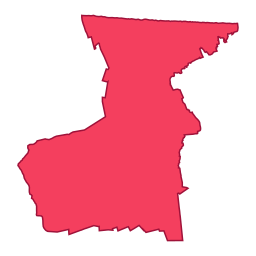 the district of Lerdo de Tejada, Veracruz, Mexico
{"feature_id": "50627088B89333927260358", "entity_name": "Lerdo de Tejada", "entity_type": "district", "adm_level": 2, "iso_a3": "MEX", "parent_name": "Mexico", "parent_adm1": "Veracruz", "projection": "robinson", "projection_center": [-95.486, 18.659], "detail": "fine", "context": "isolated", "style": "filled", "palette": "rose", "viewbox_px": 256, "rotation_deg": 0, "n_neighbors": 0, "source": "geoboundaries", "source_scale": "gbopen_adm2", "svg_char_len": 5695}
<svg xmlns="http://www.w3.org/2000/svg" viewBox="0 0 256 256"><path d="M37.1,140.9L36.5,142.0L35.5,143.0L34.3,143.8L33.7,144.2L32.7,144.4L31.6,144.4L29.8,144.5L27.9,145.7L27.8,147.5L28.0,148.6L28.5,149.4L28.9,150.0L28.5,150.9L28.3,151.9L27.9,153.0L25.6,155.6L24.4,157.2L23.7,158.0L22.6,159.0L22.2,160.2L21.0,160.9L20.4,161.8L18.3,163.9L18.0,165.7L18.7,166.3L19.3,167.5L20.3,169.1L21.0,169.8L21.8,171.3L22.6,173.4L23.6,174.9L24.3,178.2L25.1,179.7L26.5,182.2L27.6,183.5L28.9,185.4L29.4,187.3L29.3,191.1L29.4,192.4L30.0,194.3L31.2,194.7L32.0,195.7L31.6,198.3L33.0,199.2L33.8,200.8L34.8,202.2L35.1,203.1L36.1,204.1L36.2,204.9L36.6,206.0L36.6,210.8L36.7,212.7L36.4,214.6L36.7,215.5L37.9,215.7L39.2,215.7L41.5,216.0L42.3,216.8L42.6,218.1L42.9,220.4L43.0,224.0L43.3,226.6L44.0,228.1L45.0,229.4L45.8,230.3L47.5,231.3L48.3,231.4L57.2,232.0L68.7,229.4L68.9,233.5L69.0,234.5L78.8,230.9L80.4,230.3L81.2,230.1L84.4,228.8L86.9,228.0L93.8,225.6L98.8,226.6L99.1,226.5L99.3,230.7L108.2,229.8L112.9,230.2L112.5,228.7L116.9,227.2L118.0,230.9L121.1,229.6L126.9,227.2L128.3,226.7L130.3,230.7L133.4,228.9L139.1,225.4L141.0,227.5L143.2,229.9L143.2,229.4L146.0,232.4L158.8,229.2L159.5,231.1L163.9,230.9L167.5,240.6L182.7,240.5L182.6,239.9L180.2,216.3L179.9,214.2L179.6,211.0L179.1,207.4L177.6,193.5L178.8,193.1L179.8,194.0L188.0,188.3L186.8,187.6L185.8,187.4L185.1,187.3L184.1,187.1L183.7,187.1L182.3,186.7L182.3,182.6L181.4,178.4L181.0,176.9L181.0,175.5L180.4,172.8L179.8,168.3L178.5,167.8L178.9,167.2L178.2,165.5L178.7,164.6L178.5,163.8L178.9,163.2L179.6,162.6L179.2,160.9L179.7,159.9L180.0,158.9L180.1,157.8L180.2,156.4L179.4,156.2L179.6,155.2L179.5,153.8L179.2,152.6L180.0,149.7L180.8,148.9L181.7,148.2L181.6,147.4L181.9,146.9L183.1,145.7L183.4,145.1L183.0,143.2L181.9,142.9L182.4,140.7L182.9,140.5L182.6,139.8L183.3,138.4L183.4,137.9L183.7,137.6L184.3,137.5L184.5,136.7L184.9,136.2L184.3,134.9L186.2,134.7L190.1,134.4L192.9,134.2L195.7,133.7L196.2,133.8L196.4,133.5L197.4,133.6L197.7,133.2L197.7,132.5L197.7,131.8L197.6,131.4L199.4,130.9L200.1,130.5L200.5,129.8L200.5,129.3L200.6,128.8L200.5,127.4L200.3,126.4L200.0,125.4L199.6,122.4L198.9,121.1L197.9,119.8L195.6,117.5L193.3,114.3L192.0,112.8L192.7,111.9L191.6,112.4L190.4,112.4L189.4,111.6L189.4,110.3L188.2,110.1L188.0,109.5L186.8,109.4L184.9,104.2L182.9,102.3L181.7,98.2L182.3,98.8L183.3,97.6L181.5,93.6L180.0,89.9L179.3,89.9L178.3,89.4L177.4,89.2L175.4,89.5L174.4,89.9L173.2,90.1L173.1,89.7L172.5,88.9L172.5,88.5L171.9,87.7L170.9,85.4L170.4,85.1L170.5,84.7L170.4,83.7L170.0,84.5L170.1,83.7L170.2,83.0L170.2,81.7L170.0,80.7L170.0,79.4L170.1,78.7L170.4,78.0L171.4,76.7L172.3,76.3L173.9,76.3L174.3,75.7L174.0,73.0L174.7,72.7L176.5,72.9L177.2,73.0L178.9,72.5L179.4,72.8L179.9,73.3L180.4,73.4L181.0,73.3L181.6,73.0L181.8,72.3L181.3,71.3L181.2,70.9L181.2,70.1L181.5,69.9L181.8,69.3L182.4,68.7L183.3,68.6L183.7,68.3L184.1,68.7L184.8,68.4L184.9,66.8L185.2,66.5L185.9,66.3L186.4,66.5L186.5,67.0L186.9,67.7L186.8,66.5L186.9,65.9L187.7,65.6L188.0,65.3L188.0,64.8L188.2,64.4L188.2,63.4L188.9,63.1L189.3,62.9L189.8,62.9L190.1,62.8L190.4,63.1L190.7,63.1L190.9,62.9L190.9,62.6L191.0,62.5L191.2,62.4L191.4,62.0L191.6,61.9L191.8,61.8L192.8,61.2L193.1,61.0L193.6,60.9L195.8,59.6L197.9,58.8L199.2,58.0L199.7,57.5L200.1,58.3L203.1,57.1L202.8,56.5L202.1,55.1L201.6,53.7L201.3,53.2L200.3,50.1L199.7,49.0L199.9,48.5L200.2,48.3L200.9,48.4L201.1,47.7L201.5,48.0L202.3,48.3L202.6,48.9L203.1,49.4L203.9,50.3L204.5,51.7L205.0,52.0L205.3,52.3L206.6,51.7L207.1,52.6L207.6,53.0L208.3,53.7L208.8,54.7L210.0,54.9L211.0,54.5L211.8,54.1L212.4,53.7L213.6,52.0L217.0,51.1L216.6,50.0L216.2,49.2L216.0,48.0L216.8,47.8L216.6,46.6L217.5,46.4L217.0,44.4L218.0,44.3L219.1,43.7L218.8,41.5L218.5,40.2L218.1,40.2L218.3,39.2L218.2,38.2L218.0,37.2L218.0,36.7L218.5,36.6L218.8,36.7L219.0,37.2L219.3,37.3L220.0,37.3L220.2,37.9L220.6,38.1L222.2,37.7L222.5,38.0L223.3,38.0L223.6,38.2L224.0,38.7L224.3,39.4L224.4,40.0L223.8,39.9L223.9,41.6L225.0,42.5L225.3,42.2L225.7,42.2L225.8,42.1L226.6,41.9L226.0,40.3L227.2,38.8L227.5,38.2L227.6,37.4L228.1,36.5L227.7,35.5L227.8,33.8L229.2,33.9L230.8,33.4L231.7,32.9L232.0,34.6L233.5,33.5L233.6,32.5L234.4,32.1L237.0,31.4L237.6,30.6L237.9,28.7L238.0,27.4L237.5,23.4L237.1,23.3L236.0,23.6L234.6,23.5L232.5,23.7L229.4,23.3L226.4,23.4L224.8,23.2L222.9,22.9L220.8,23.1L218.2,23.3L216.1,22.7L213.8,23.1L212.6,22.9L210.4,22.9L209.1,22.7L206.9,22.5L206.0,22.8L204.6,22.5L203.7,22.5L202.9,22.3L201.8,22.6L199.6,22.5L197.6,22.1L196.9,22.3L195.6,22.0L192.9,22.0L192.5,21.8L192.0,22.0L191.2,22.0L190.2,21.6L188.8,21.9L187.1,21.7L185.3,21.3L184.6,21.3L184.2,21.5L183.4,21.3L181.9,21.7L180.9,21.2L180.0,21.2L178.8,21.4L175.4,21.1L173.5,21.1L172.6,21.2L171.5,21.1L170.5,21.4L168.8,20.9L165.3,21.0L162.7,20.8L160.2,20.5L159.0,20.9L157.9,20.9L156.5,20.4L155.4,20.2L154.5,20.5L152.2,19.9L150.0,20.1L145.8,19.2L144.1,19.3L142.3,20.0L140.8,20.1L138.1,19.2L137.0,19.5L135.4,19.5L132.9,19.0L131.3,18.8L129.9,19.1L128.3,18.8L127.5,19.0L121.2,18.1L119.3,18.2L117.1,17.8L114.8,17.9L112.3,17.6L108.7,17.7L106.5,17.4L104.8,16.8L103.2,16.8L101.3,16.3L99.0,16.6L96.1,16.3L93.6,15.4L91.1,15.8L88.9,15.6L86.5,15.7L82.4,15.5L81.8,15.4L81.8,17.3L82.1,20.0L82.6,21.9L83.4,24.5L84.1,26.4L85.6,31.1L86.8,33.3L87.8,36.0L88.2,37.7L91.3,36.9L94.5,49.1L95.6,48.6L95.7,47.8L95.3,47.2L94.5,46.8L95.7,45.5L96.8,44.4L98.5,43.1L99.3,43.5L99.4,45.1L100.1,47.2L100.6,49.2L104.5,57.3L108.2,66.3L108.9,67.8L108.6,68.7L108.0,69.5L106.3,69.0L102.4,80.6L105.9,81.6L107.7,82.0L107.8,81.9L105.2,97.7L102.4,97.3L102.4,101.6L105.5,116.7L84.5,130.0L73.0,132.0L70.4,133.4L69.1,134.5L67.2,134.3L56.4,136.2L54.0,137.2L52.2,138.3L49.1,139.6L46.1,139.2L45.2,138.9L37.1,140.9Z" fill="#f43f5e" stroke="#9f1239" stroke-width="1.5"/></svg>